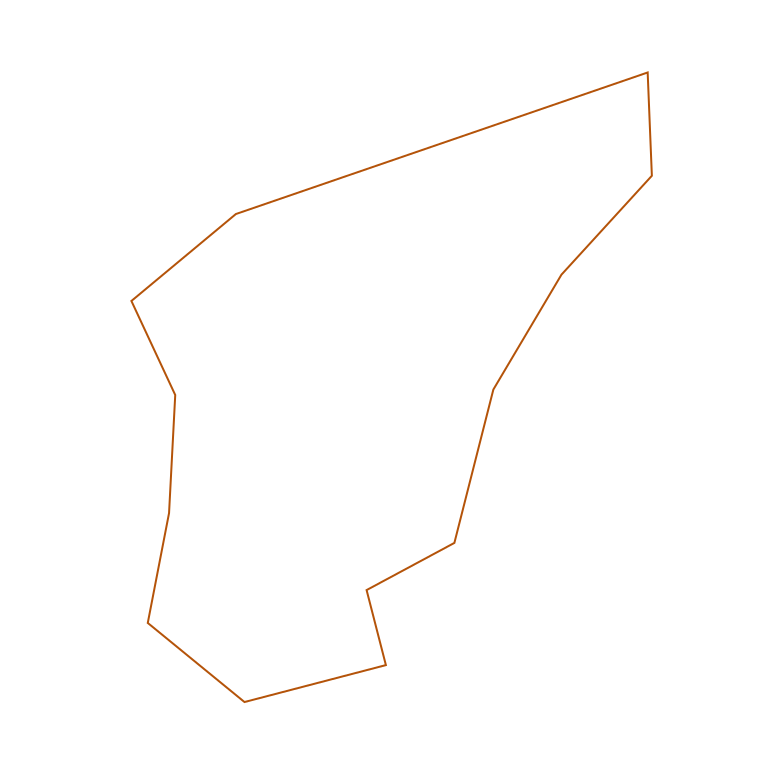 an SVG outline of Saint Peter Basseterre, rotated 273°
{"feature_id": "KNA-5109", "entity_name": "Saint Peter Basseterre", "entity_type": "Parish", "adm_level": 1, "iso_a3": "KNA", "parent_name": "Saint Kitts and Nevis", "parent_adm1": "", "projection": "albers", "projection_center": [-62.712, 17.32], "detail": "fine", "context": "isolated", "style": "outline", "palette": "amber", "viewbox_px": 768, "rotation_deg": 273, "n_neighbors": 0, "source": "natural_earth", "source_scale": "10m", "svg_char_len": 333}
<svg xmlns="http://www.w3.org/2000/svg" viewBox="0 0 768 768"><g transform="rotate(273 384 384)"><path d="M453.7,127.4L546.0,227.2L708.9,631.0L606.0,640.6L502.5,555.5L384.2,493.5L229.0,462.6L177.3,377.4L103.4,400.6L59.1,261.3L133.0,160.6L243.8,176.1L362.1,176.1L453.7,127.4Z" fill="none" stroke="#b45309" stroke-width="2"/></g></svg>